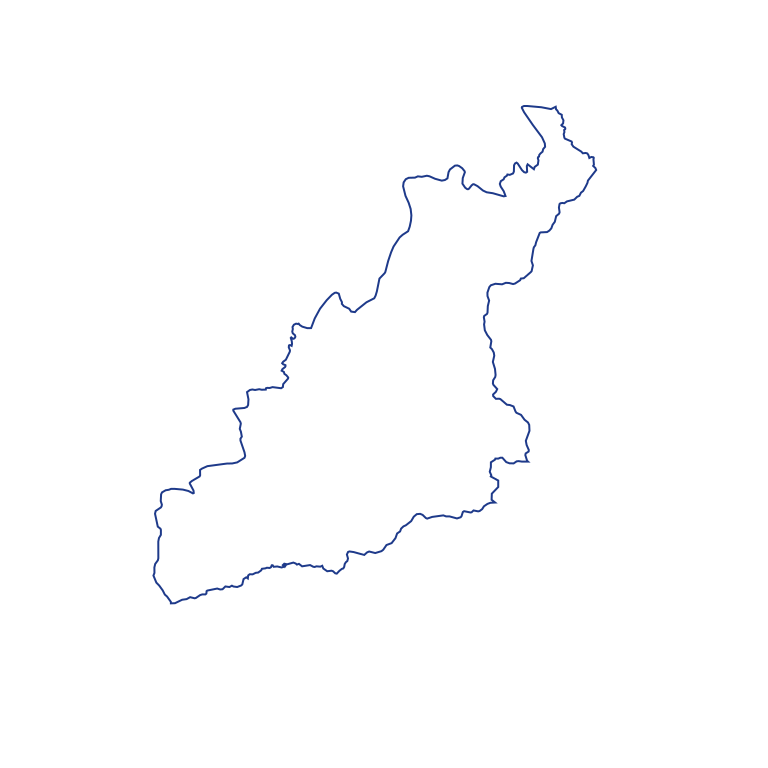 Bagata, Bandundu, Democratic Republic of the Congo, rotated 147°
{"feature_id": "63176286B20425932648522", "entity_name": "Bagata", "entity_type": "district", "adm_level": 2, "iso_a3": "COD", "parent_name": "Democratic Republic of the Congo", "parent_adm1": "Bandundu", "projection": "mercator", "projection_center": [17.479, -3.93], "detail": "fine", "context": "isolated", "style": "outline", "palette": "blue", "viewbox_px": 768, "rotation_deg": 147, "n_neighbors": 0, "source": "geoboundaries", "source_scale": "gbopen_adm2", "svg_char_len": 6129}
<svg xmlns="http://www.w3.org/2000/svg" viewBox="0 0 768 768"><g transform="rotate(147 384 384)"><path d="M682.2,316.1L678.7,314.0L670.8,313.0L666.7,311.1L662.7,310.8L659.5,307.4L658.3,307.0L653.1,307.1L651.0,306.5L648.3,304.8L647.1,305.0L645.6,306.9L644.7,307.0L635.3,303.3L633.3,300.9L631.2,299.8L627.3,300.6L624.2,297.9L621.4,297.7L620.6,296.2L617.7,293.7L613.5,292.8L612.0,293.1L608.0,296.9L604.8,296.9L604.1,295.1L602.2,297.4L600.3,297.6L597.8,295.9L594.4,295.5L592.2,294.4L588.5,294.6L587.0,295.5L583.9,294.0L582.3,293.7L580.1,292.0L578.6,291.9L576.9,293.1L576.1,292.6L576.1,290.8L572.9,289.1L569.8,285.9L567.4,285.2L567.1,285.5L567.5,287.2L565.5,287.6L564.7,286.8L565.5,286.5L566.0,285.1L564.3,285.8L557.3,283.6L555.8,281.5L555.4,280.0L553.3,279.5L552.0,275.7L544.6,272.4L542.9,269.3L541.8,268.3L540.0,267.9L536.9,265.5L534.8,265.2L535.4,262.3L533.6,257.9L529.7,256.0L528.7,254.7L528.0,251.8L526.9,250.7L523.2,251.6L520.1,251.9L518.6,251.5L517.0,252.3L515.0,254.4L513.1,255.3L511.2,255.5L509.2,257.3L508.0,261.2L505.6,262.7L504.2,262.4L501.0,259.6L493.7,251.4L489.9,252.0L487.7,251.6L483.4,247.0L477.2,245.2L474.9,245.4L469.6,247.6L464.3,246.4L458.3,248.5L454.4,251.5L450.8,251.6L448.4,253.4L445.2,254.0L442.7,253.6L435.9,254.2L431.3,256.5L427.4,257.0L424.4,255.4L422.9,253.2L421.9,248.8L421.1,247.6L416.0,246.3L405.8,241.5L404.0,239.1L401.1,237.2L396.0,231.5L392.3,230.5L391.0,230.9L387.6,233.7L386.1,233.7L381.4,229.1L380.4,228.7L377.8,229.2L374.4,225.9L373.0,225.4L369.8,225.6L366.8,227.0L362.5,227.1L359.4,226.4L355.4,224.1L356.8,228.3L353.3,233.3L344.3,235.4L340.8,240.8L344.8,248.3L343.7,249.0L343.1,252.8L339.7,256.0L337.0,260.1L332.2,260.1L331.2,260.8L328.8,259.2L326.6,258.8L324.9,257.7L324.0,251.9L321.9,249.1L318.5,246.8L314.9,246.9L313.1,246.0L310.6,243.8L305.5,240.5L305.8,241.7L304.2,247.4L303.0,248.6L299.5,248.6L298.5,249.8L297.6,255.2L296.0,259.1L287.5,265.5L284.5,270.6L284.2,273.3L285.6,277.5L285.9,283.5L288.6,287.7L288.7,289.2L287.6,294.6L289.9,297.8L292.2,299.7L294.6,307.9L295.5,309.0L298.2,310.6L299.0,314.4L298.2,315.8L294.4,316.5L291.8,318.1L292.7,323.7L292.4,325.1L290.4,327.7L286.9,329.3L285.5,330.8L282.7,336.2L280.7,343.2L276.1,347.7L274.8,350.6L274.5,354.4L275.0,356.7L270.7,361.4L270.2,362.8L270.7,368.8L270.2,374.1L267.6,379.5L265.7,381.5L263.9,385.6L262.9,386.5L259.4,386.7L258.3,387.5L254.5,392.8L250.4,396.7L249.3,401.4L247.5,404.3L242.9,407.9L240.6,408.6L236.0,407.4L230.7,403.3L226.7,402.5L224.0,400.5L221.3,397.5L219.4,396.9L213.3,396.9L211.8,397.9L209.2,396.6L199.9,397.9L198.8,398.2L194.5,402.4L193.3,406.9L185.2,415.8L183.9,417.0L181.5,417.9L179.3,420.0L171.1,425.9L170.0,425.8L164.5,422.6L161.8,422.6L158.9,423.4L155.9,425.7L152.4,427.0L148.2,431.0L144.4,431.5L143.2,432.4L141.2,436.7L138.8,439.3L137.7,439.5L135.8,438.7L134.3,437.4L131.1,437.5L124.0,435.0L120.0,435.8L117.7,435.4L114.6,437.2L111.9,437.4L107.1,439.9L103.8,441.9L102.2,443.5L89.5,447.9L89.1,450.0L89.8,453.0L88.5,453.6L86.0,458.3L84.9,459.4L84.9,460.1L86.5,461.5L88.7,461.7L87.9,464.5L87.9,466.6L89.0,467.9L91.6,469.2L92.0,471.5L95.9,479.9L96.0,482.9L94.8,484.1L94.6,485.2L98.6,491.2L98.6,492.3L97.2,495.7L95.5,497.0L94.6,498.9L93.2,499.1L92.7,499.7L92.5,500.5L94.2,503.5L94.3,504.5L91.9,505.0L89.9,507.4L89.6,510.7L88.3,513.0L90.0,516.0L89.7,519.0L90.1,520.6L89.0,523.0L94.2,523.6L101.3,530.4L112.4,539.1L115.2,540.9L117.3,541.2L118.0,540.6L118.5,535.6L118.1,520.2L117.1,504.9L118.1,498.2L119.7,495.2L122.6,494.3L124.5,492.5L127.4,492.1L129.1,491.5L130.1,490.3L131.3,490.3L132.0,489.6L132.7,487.4L135.5,484.2L139.4,484.0L141.3,482.5L143.9,490.0L145.5,489.0L148.4,484.0L149.9,484.0L151.1,485.3L151.8,488.2L151.8,496.1L152.3,497.5L154.0,497.6L155.8,496.6L159.4,491.4L161.1,490.3L164.6,490.9L166.4,492.5L167.4,491.8L170.4,491.7L172.2,490.5L175.6,490.5L177.9,488.7L178.6,486.0L178.6,480.5L179.7,475.5L181.4,476.2L188.8,484.7L193.5,488.9L195.6,492.3L197.8,499.0L199.6,502.3L200.4,503.0L202.2,502.9L206.4,501.5L207.5,501.6L208.2,502.3L209.0,504.4L209.1,509.3L205.8,513.8L200.8,517.6L200.5,518.7L200.9,522.4L202.3,525.9L203.5,527.4L205.6,528.5L211.8,528.0L214.5,526.5L218.8,521.9L221.8,521.9L224.8,523.1L229.4,528.3L232.7,533.4L234.6,535.3L239.5,537.2L242.5,539.7L245.6,540.2L251.0,543.5L254.2,543.9L257.7,542.4L260.3,539.4L263.5,530.1L264.6,522.6L266.3,516.3L269.2,510.5L272.5,506.2L276.8,501.9L280.6,499.0L287.1,499.0L291.1,498.4L301.1,494.1L306.3,490.6L313.5,484.9L321.9,477.2L323.1,476.6L330.4,474.9L339.5,465.6L342.9,462.7L345.5,461.2L354.2,462.1L366.3,460.9L369.2,460.1L372.1,462.6L372.2,466.1L375.3,471.2L375.7,474.2L374.7,475.5L374.3,479.3L372.7,484.4L374.3,486.7L375.7,487.3L379.1,487.2L386.4,485.5L396.6,482.0L406.4,476.7L414.7,470.6L417.9,472.6L421.3,476.6L422.5,479.3L422.7,481.1L423.5,481.2L424.9,482.5L427.3,482.8L429.7,481.6L430.5,479.8L432.4,477.9L432.9,476.2L432.1,473.4L432.6,471.9L433.5,471.3L435.0,471.1L435.7,471.5L436.4,473.6L437.1,473.4L438.0,470.2L439.3,467.7L440.7,466.3L441.6,467.9L442.7,468.1L443.9,466.6L444.5,463.5L445.4,462.4L453.1,457.8L456.4,457.6L458.1,456.9L457.8,455.4L456.4,453.5L456.8,452.7L457.7,452.1L461.1,451.8L462.6,450.9L461.4,448.7L462.0,446.7L461.1,444.5L460.8,441.6L461.5,440.8L468.6,438.8L470.5,436.5L472.6,436.5L479.2,442.1L482.0,442.9L484.1,444.4L485.3,444.7L486.2,443.7L489.7,445.8L491.5,447.6L495.4,449.2L497.4,451.1L499.7,452.0L503.3,451.8L506.0,445.0L509.4,440.4L511.3,439.4L514.1,439.9L522.1,444.2L524.3,444.6L524.9,443.7L525.2,430.1L525.7,428.7L529.4,424.9L530.0,421.9L531.9,417.3L534.2,416.3L535.2,414.7L538.2,402.7L539.6,399.3L541.2,398.1L549.8,398.2L554.5,400.0L559.2,402.9L576.9,411.3L582.8,412.2L585.1,412.1L587.9,407.6L589.0,406.9L597.7,407.3L600.6,407.0L601.1,406.3L601.8,398.4L602.9,396.2L603.8,396.3L606.3,400.8L610.2,405.0L616.6,410.0L619.7,412.0L622.1,412.5L625.0,413.8L629.2,414.0L631.0,412.9L635.0,407.4L636.0,403.8L637.0,402.7L638.3,402.0L644.6,401.9L646.7,399.9L651.4,387.6L650.3,384.4L650.6,383.1L653.3,379.0L656.6,377.4L659.1,374.8L668.2,360.7L669.7,359.3L673.9,357.7L676.5,355.2L679.4,350.6L681.7,348.9L683.1,341.4L682.3,337.4L682.0,331.4L682.5,326.8L681.7,323.9L681.4,317.4L682.2,316.1Z" fill="none" stroke="#1e3a8a" stroke-width="2"/></g></svg>